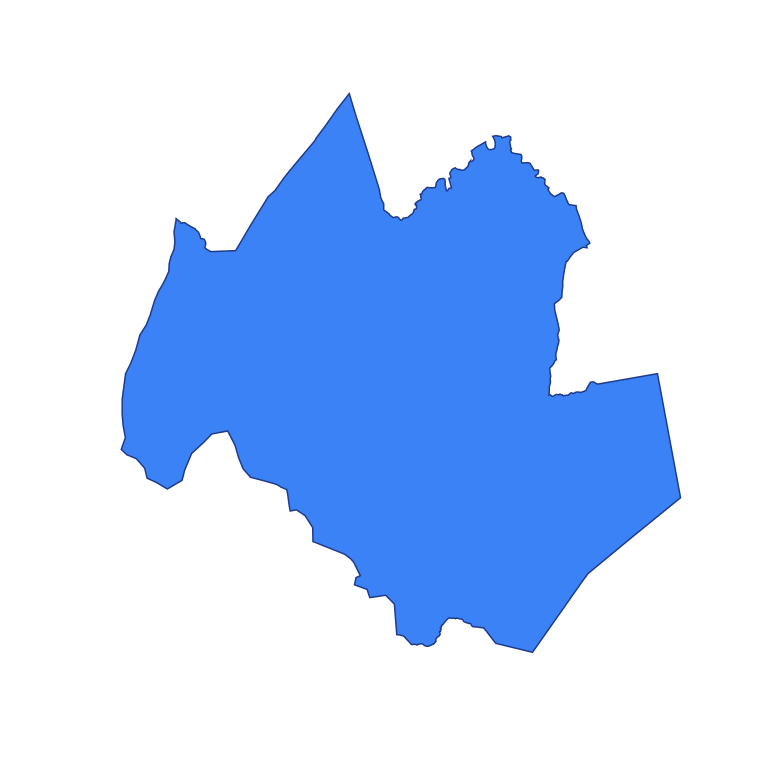 Fanteakwa North, Eastern, Ghana, rotated 79°
{"feature_id": "2480657B42231307300111", "entity_name": "Fanteakwa North", "entity_type": "district", "adm_level": 2, "iso_a3": "GHA", "parent_name": "Ghana", "parent_adm1": "Eastern", "projection": "albers", "projection_center": [-0.403, 6.499], "detail": "fine", "context": "isolated", "style": "filled", "palette": "blue", "viewbox_px": 768, "rotation_deg": 79, "n_neighbors": 0, "source": "geoboundaries", "source_scale": "gbopen_adm2", "svg_char_len": 6156}
<svg xmlns="http://www.w3.org/2000/svg" viewBox="0 0 768 768"><g transform="rotate(79 384 384)"><path d="M92.3,362.7L104.7,377.0L119.4,392.3L130.5,404.5L131.7,405.1L148.8,426.3L157.9,437.4L162.8,443.1L173.4,454.2L178.0,461.9L202.1,484.1L224.8,504.2L221.0,528.8L218.3,532.0L216.0,533.9L213.5,532.6L212.0,532.2L210.7,532.1L207.7,532.8L206.9,534.2L206.5,535.7L206.4,535.9L205.3,536.2L202.6,536.5L199.5,537.2L196.8,539.3L195.3,539.9L194.6,541.4L193.4,542.4L193.1,543.0L192.1,544.2L190.3,546.2L187.7,548.7L187.4,550.9L187.7,552.3L186.1,553.1L182.0,556.5L183.8,557.0L194.6,561.1L204.4,562.1L211.8,564.4L218.6,569.0L224.9,571.9L232.3,573.7L239.7,578.9L244.8,583.0L249.9,587.6L258.5,593.4L271.6,600.3L280.7,606.1L289.2,614.2L303.4,621.2L315.4,628.7L324.5,635.7L349.0,643.9L363.8,646.8L375.3,648.0L387.3,648.1L398.1,654.4L404.4,649.9L410.1,641.3L421.0,635.0L431.3,634.5L437.0,626.5L445.7,616.7L440.0,600.6L430.3,596.0L415.5,586.1L407.0,572.3L400.2,562.5L400.3,546.4L415.8,541.9L428.3,540.8L440.3,538.5L450.1,532.8L456.4,519.7L461.0,510.5L463.3,507.0L465.6,504.8L469.1,499.6L474.2,499.6L486.2,500.3L490.8,500.3L490.8,494.0L498.3,486.5L511.4,481.4L525.1,483.8L543.5,455.2L549.3,450.0L553.3,447.7L567.6,443.8L568.7,448.4L575.5,451.3L582.4,439.8L591.0,438.7L591.7,422.6L602.0,415.8L632.5,419.3L632.7,418.4L633.5,416.0L634.9,413.2L636.3,412.0L638.2,410.8L639.2,410.4L642.0,408.4L642.5,408.2L643.4,407.7L644.3,407.4L645.2,406.3L645.3,405.2L645.1,404.3L645.2,403.8L645.4,403.6L645.8,402.4L646.4,401.7L646.5,401.3L646.0,400.4L646.2,399.9L646.0,398.4L646.1,396.9L646.4,396.1L647.1,395.2L648.6,394.0L649.2,393.0L649.9,390.9L649.5,388.4L649.3,387.5L648.9,386.5L648.7,384.8L646.5,382.1L645.2,382.0L644.1,381.6L643.7,381.3L642.3,379.6L642.3,378.8L642.2,378.4L641.0,377.1L639.8,376.5L638.4,376.8L637.6,376.7L637.4,376.6L637.6,375.9L637.5,375.6L637.3,375.5L636.3,375.4L635.9,374.9L635.5,374.7L635.2,374.7L634.6,375.2L634.2,375.2L633.9,375.1L633.6,374.2L633.0,374.1L632.8,373.7L632.6,373.5L631.8,373.4L631.2,371.9L629.3,369.7L628.7,369.3L627.1,366.8L626.3,365.5L626.1,365.0L626.2,364.0L626.7,362.8L626.8,361.8L627.2,360.7L627.2,359.8L628.0,358.6L627.6,357.2L629.3,353.8L629.4,353.0L630.4,351.7L630.8,351.5L631.8,351.3L632.5,350.9L633.0,350.3L635.4,346.3L635.2,345.9L635.5,345.0L636.3,344.5L637.9,344.2L638.4,343.8L639.2,343.1L639.3,342.2L639.8,341.5L639.8,340.4L642.6,332.5L659.9,323.8L675.7,289.4L614.9,226.3L609.0,219.9L580.9,168.3L552.2,114.6L426.0,113.6L424.9,174.2L423.8,175.9L422.1,177.6L421.8,178.3L421.6,179.5L421.8,180.8L422.2,181.6L427.4,186.0L428.9,186.9L429.9,192.5L429.2,193.9L429.1,194.8L428.8,195.7L428.6,196.6L428.7,197.5L429.4,199.1L429.4,199.8L428.5,201.6L428.4,202.1L428.6,202.9L429.1,203.5L429.3,204.1L429.8,204.6L430.1,205.6L430.0,205.8L429.9,207.6L429.7,208.8L429.9,210.2L429.6,210.6L429.0,210.8L428.6,211.1L428.3,212.1L427.5,213.2L427.5,213.7L428.0,214.3L428.0,214.7L427.2,216.4L427.2,217.3L427.7,218.8L428.2,219.8L428.3,220.6L428.1,221.2L427.7,221.9L427.2,222.1L426.3,223.0L426.4,224.1L418.2,222.2L414.3,220.3L410.2,219.8L408.3,218.9L402.6,218.6L400.1,218.2L399.6,218.0L399.0,216.7L396.5,213.7L393.8,211.7L393.1,210.2L388.8,209.9L386.2,209.2L384.1,208.0L379.9,206.3L378.0,205.2L374.7,204.0L373.6,203.9L371.6,204.2L369.6,204.2L368.7,204.0L364.6,201.8L362.3,201.6L360.6,201.7L356.2,201.7L344.1,202.3L337.7,201.4L335.0,195.9L332.7,192.9L327.5,191.6L321.9,189.8L317.3,189.0L315.9,188.4L311.8,187.1L307.5,185.5L298.9,182.0L298.5,180.9L298.0,180.2L295.2,177.4L291.1,172.7L287.7,162.8L289.0,158.6L286.6,159.0L285.1,155.2L284.0,155.2L281.2,156.5L279.9,157.3L279.0,157.6L275.4,158.5L269.8,159.6L263.9,159.6L256.0,160.5L249.3,161.7L245.6,161.4L243.5,167.5L242.9,168.4L240.9,169.1L239.7,169.0L239.0,169.5L234.8,170.2L231.3,171.0L230.4,172.5L230.2,173.3L231.4,176.6L232.6,181.1L228.8,184.3L224.7,185.9L222.9,184.7L219.7,187.6L218.6,187.9L217.5,187.9L213.9,186.9L212.2,188.3L211.9,188.9L211.5,190.0L210.7,190.4L211.0,191.8L210.9,193.0L210.7,193.4L210.5,194.5L210.2,195.1L208.6,196.0L207.7,193.9L206.8,192.5L204.2,191.6L203.7,191.5L203.4,191.7L203.3,191.8L203.1,192.6L203.1,194.9L202.4,195.9L199.2,197.1L198.5,197.2L197.5,197.8L195.6,198.3L194.6,199.3L194.2,200.4L193.4,206.5L191.0,206.7L188.7,205.6L187.8,205.7L186.3,205.3L185.0,205.6L184.8,205.8L182.2,212.8L181.0,214.9L179.8,214.6L179.2,215.3L178.7,215.2L177.6,214.0L176.5,214.5L170.6,214.4L169.3,213.9L168.8,212.9L167.2,213.0L166.6,212.6L165.9,212.5L165.4,212.8L165.2,213.3L164.5,213.9L164.2,214.0L164.9,221.2L163.5,221.6L161.6,226.7L161.6,230.0L166.3,228.7L169.8,229.0L172.6,229.8L174.0,231.0L174.4,233.2L174.0,236.0L172.6,237.4L169.6,238.2L167.4,238.3L165.7,238.1L169.2,248.4L170.9,251.5L171.6,253.3L172.0,253.8L172.3,253.9L173.7,253.4L174.4,253.7L175.9,253.7L179.0,252.8L179.7,252.6L180.3,252.7L181.6,254.0L182.4,255.7L181.7,256.6L181.4,256.5L183.2,258.7L184.6,258.9L185.0,259.3L185.2,259.6L186.4,260.1L189.3,264.7L189.0,265.8L189.0,266.7L188.7,267.6L187.7,269.0L187.7,270.1L186.6,271.8L185.4,272.8L185.4,273.1L186.3,276.3L189.6,279.2L190.9,279.2L191.6,278.9L192.0,279.0L193.9,278.9L194.5,279.4L194.5,280.9L195.0,281.1L204.4,280.3L204.3,282.6L206.5,285.1L206.2,285.8L200.9,286.0L199.0,285.8L197.9,285.4L197.0,285.3L196.9,285.4L195.7,285.4L194.7,285.2L194.3,285.5L193.4,286.9L193.5,288.3L193.4,290.5L194.3,292.0L196.2,294.1L197.9,294.8L198.7,294.9L200.9,296.0L200.5,299.6L199.3,304.4L199.7,305.2L201.0,306.6L200.8,307.0L202.3,309.2L204.7,310.8L204.8,311.2L204.4,311.9L204.5,312.1L204.8,312.3L205.2,312.3L206.9,311.9L207.5,312.3L208.5,311.9L209.0,311.9L210.0,312.4L210.5,313.1L210.3,313.8L210.9,315.3L210.8,315.6L211.3,316.0L211.6,316.4L211.4,316.6L211.5,317.1L212.4,318.4L212.6,318.1L213.0,318.1L213.4,318.5L213.4,319.1L213.9,319.2L214.2,319.0L214.9,317.9L215.3,317.8L215.6,318.2L217.6,318.5L218.4,319.4L218.2,320.3L218.4,320.6L218.4,321.0L222.1,323.1L223.4,326.2L225.0,328.5L224.9,333.3L225.1,333.7L226.3,335.0L226.5,335.7L226.4,336.3L226.2,336.5L223.5,338.1L222.4,339.2L222.3,340.0L222.5,343.1L219.9,345.6L219.4,346.0L218.4,346.2L216.8,347.5L213.8,350.5L212.7,351.0L207.3,349.9L200.9,351.6L192.2,351.5L184.5,352.3L153.6,355.7L115.1,360.4L92.3,362.7Z" fill="#3b82f6" stroke="#1e3a8a" stroke-width="1.5"/></g></svg>